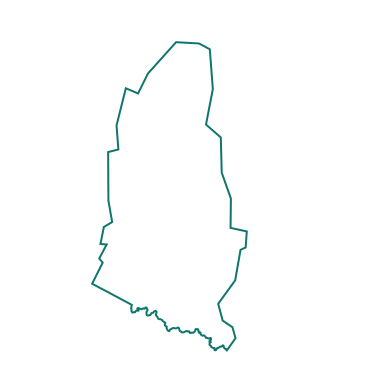 the district of Luakpiny/Nasir, Upper Nile, South Sudan, rotated 28°
{"feature_id": "79223893B70748738440916", "entity_name": "Luakpiny/Nasir", "entity_type": "district", "adm_level": 2, "iso_a3": "SSD", "parent_name": "South Sudan", "parent_adm1": "Upper Nile", "projection": "robinson", "projection_center": [33.401, 8.901], "detail": "fine", "context": "isolated", "style": "outline", "palette": "teal", "viewbox_px": 384, "rotation_deg": 28, "n_neighbors": 0, "source": "geoboundaries", "source_scale": "gbopen_adm2", "svg_char_len": 3468}
<svg xmlns="http://www.w3.org/2000/svg" viewBox="0 0 384 384"><g transform="rotate(28 192 192)"><path d="M192.9,323.4L193.6,323.8L193.8,324.4L194.2,325.1L194.7,325.7L195.5,326.2L196.1,326.4L196.6,326.0L197.3,325.2L197.9,324.9L198.2,324.7L198.3,324.0L198.3,323.2L198.8,322.7L199.3,322.5L199.9,322.2L200.4,321.9L200.2,321.5L199.8,321.2L199.2,321.3L198.9,321.1L198.5,320.6L198.6,320.0L199.1,319.6L199.8,319.4L200.5,319.5L201.5,319.6L202.4,319.2L202.8,319.0L203.3,318.1L203.7,317.6L204.3,317.5L204.8,317.4L205.1,317.0L205.1,316.6L205.2,315.8L205.8,315.5L206.5,315.7L207.0,316.1L207.5,316.6L208.1,316.9L208.2,317.5L208.2,318.2L208.2,318.9L208.2,319.5L208.5,319.9L208.8,320.5L209.1,321.2L209.6,321.7L210.1,321.9L210.8,321.9L211.5,321.5L212.1,320.9L212.6,320.5L213.1,319.5L213.1,318.9L213.1,318.0L213.4,317.5L214.1,317.1L214.5,316.7L214.5,315.7L215.0,314.6L215.4,314.1L216.1,314.1L216.9,314.5L217.3,315.3L217.5,316.5L217.8,317.5L218.4,317.9L219.3,318.2L220.2,318.5L220.7,319.1L221.3,319.6L221.8,319.7L222.5,319.7L223.8,319.2L225.0,319.0L225.7,319.0L226.3,319.5L227.1,319.7L227.8,319.9L228.6,319.9L229.4,319.9L229.9,320.1L230.0,320.8L230.2,321.9L230.7,322.5L231.7,322.8L232.5,322.6L233.0,322.9L233.2,323.4L233.4,324.0L234.1,324.7L234.9,325.2L235.8,325.7L236.7,325.7L237.1,325.6L237.3,325.1L237.2,324.3L237.2,323.8L237.6,323.3L238.0,322.9L238.2,322.2L238.6,321.5L239.2,321.2L239.8,320.7L240.3,320.4L240.9,320.3L241.7,320.1L242.2,319.7L242.5,319.3L242.8,318.6L243.2,318.2L243.7,318.2L244.4,318.4L244.9,318.8L245.2,319.1L245.5,319.7L245.9,320.0L246.7,320.4L247.5,320.3L248.2,320.6L248.9,320.7L249.5,320.3L250.2,320.1L250.8,319.6L251.6,318.3L252.2,317.5L252.8,317.2L253.5,317.2L254.1,317.0L254.6,316.4L255.0,316.4L255.6,317.0L256.1,317.4L256.6,317.4L257.0,317.2L257.3,316.6L257.9,316.3L258.4,315.9L259.1,315.6L259.4,315.5L259.6,314.7L259.9,314.0L259.9,313.0L259.8,312.3L259.6,311.9L259.6,311.4L259.9,311.2L260.4,311.0L261.1,310.6L261.6,310.4L262.0,310.5L262.2,311.1L262.6,311.5L263.0,311.6L263.5,311.9L263.6,312.4L263.8,312.7L264.1,312.9L264.5,312.9L264.6,312.5L265.1,312.1L265.5,312.2L265.6,312.6L265.9,313.1L266.8,313.6L267.7,314.0L268.5,313.9L268.9,313.9L269.4,313.3L269.8,313.0L270.6,313.1L271.5,313.3L272.0,313.5L272.5,314.1L272.9,314.2L273.4,314.0L274.1,313.7L274.8,313.7L275.5,313.5L276.1,313.2L276.6,312.4L277.1,312.2L277.4,312.3L277.8,312.9L277.9,313.5L278.1,314.0L278.0,314.4L277.5,314.8L277.4,315.3L277.5,315.4L277.7,315.8L278.2,315.5L278.7,315.4L279.0,315.8L278.8,316.2L278.6,317.1L278.8,318.0L279.3,318.7L279.7,318.9L280.4,318.9L281.0,319.1L281.4,319.6L281.7,319.8L282.4,319.8L283.0,319.8L283.5,319.8L284.1,319.7L284.8,319.4L285.2,319.3L285.4,319.5L285.7,319.9L285.7,320.3L286.1,321.0L286.5,321.0L286.8,320.8L287.3,320.3L287.6,319.7L287.5,319.3L287.5,318.8L287.5,318.0L287.9,317.5L288.5,317.3L288.9,316.5L289.2,315.8L289.7,315.1L290.4,314.8L290.9,314.4L290.9,313.8L291.1,313.0L291.7,312.9L292.2,313.1L292.6,313.6L293.2,314.1L293.6,314.6L294.2,314.8L295.0,314.8L295.5,314.6L296.0,314.7L296.2,315.1L296.9,315.6L297.1,315.6L299.1,300.7L291.2,292.4L279.4,291.1L267.6,278.4L271.6,249.7L262.0,220.3L265.4,215.8L258.9,201.1L242.9,205.6L229.4,179.5L209.2,161.0L191.8,130.3L172.7,125.9L162.1,91.4L140.7,57.6L128.4,57.6L107.6,67.2L97.5,108.0L98.1,130.3L84.9,131.5L94.1,168.6L107.0,189.0L99.2,196.1L122.2,238.8L135.6,256.0L130.6,264.3L135.6,280.9L141.3,278.4L141.3,294.3L146.3,296.3L146.9,319.9L191.8,319.9L192.9,323.4Z" fill="none" stroke="#0f766e" stroke-width="2"/></g></svg>